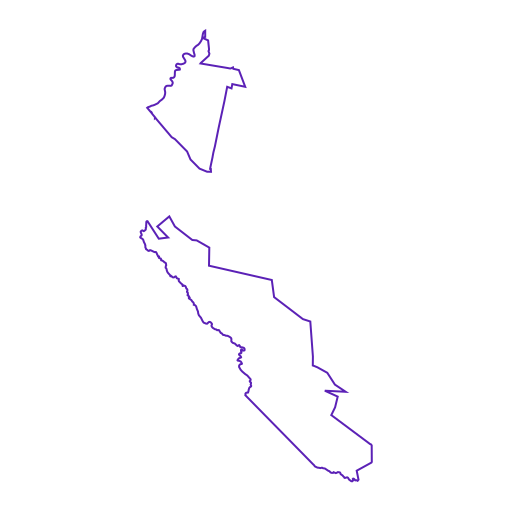 Torreón, Coahuila, Mexico
{"feature_id": "50627088B67777586525321", "entity_name": "Torreón", "entity_type": "district", "adm_level": 2, "iso_a3": "MEX", "parent_name": "Mexico", "parent_adm1": "Coahuila", "projection": "natural_earth1", "projection_center": [-103.236, 25.242], "detail": "fine", "context": "isolated", "style": "outline", "palette": "violet", "viewbox_px": 512, "rotation_deg": 0, "n_neighbors": 0, "source": "geoboundaries", "source_scale": "gbopen_adm2", "svg_char_len": 5947}
<svg xmlns="http://www.w3.org/2000/svg" viewBox="0 0 512 512"><path d="M358.5,479.7L356.7,470.7L371.4,462.6L371.8,461.9L371.7,445.4L371.0,444.4L370.0,444.0L331.3,415.1L335.1,407.3L337.7,396.6L324.8,390.7L345.7,391.8L334.9,384.6L327.3,372.8L317.4,367.3L314.5,366.1L312.8,365.5L312.9,356.5L310.3,321.5L302.9,319.1L274.1,297.1L271.8,280.0L209.0,265.7L209.3,247.6L196.7,240.4L192.3,240.0L174.9,226.5L169.3,216.4L157.3,226.5L168.1,237.5L158.8,238.7L147.5,221.2L147.0,221.2L146.7,221.3L146.4,221.7L146.3,222.4L146.2,224.9L146.1,225.6L146.2,226.7L146.2,227.0L145.7,227.9L145.9,228.8L145.7,229.5L145.4,230.0L143.9,231.1L143.5,231.1L142.6,230.5L142.2,230.4L141.5,230.7L140.9,231.3L140.7,231.6L140.7,232.0L141.0,233.0L141.6,234.3L141.7,235.1L141.5,235.5L140.6,236.3L140.3,236.9L140.2,237.2L140.3,237.5L140.5,237.7L142.6,239.0L143.2,239.8L143.9,242.0L145.1,244.4L145.2,245.1L145.4,245.5L145.3,245.9L145.4,246.7L145.4,247.5L146.0,248.6L146.1,249.2L147.1,249.8L148.4,250.9L148.9,250.9L149.6,250.6L149.9,250.2L150.4,250.2L151.2,250.5L154.5,252.1L155.5,252.0L156.0,252.1L156.8,253.4L157.1,254.4L157.7,255.4L158.0,256.2L158.8,256.3L159.1,256.6L159.1,256.9L158.8,257.5L158.9,257.8L159.3,258.1L160.8,258.6L161.1,259.3L161.2,259.7L161.1,260.1L161.2,260.3L162.3,260.6L163.0,261.0L164.2,262.0L164.5,262.4L165.3,262.7L165.8,263.1L166.0,263.8L166.2,265.3L165.8,266.1L165.6,267.7L166.3,268.5L166.6,269.2L166.7,269.9L166.8,270.5L167.4,272.0L168.0,272.9L170.1,275.2L170.4,276.2L170.8,276.3L171.1,275.9L171.9,276.5L172.5,277.2L173.1,277.4L173.9,277.4L175.2,276.5L175.4,276.4L175.8,276.4L176.6,277.7L176.8,278.2L178.8,279.0L178.8,279.8L178.7,280.4L178.9,281.2L180.9,283.3L182.6,284.7L182.6,285.0L182.5,285.7L182.7,286.0L183.0,286.0L184.0,285.6L185.3,286.1L185.9,287.1L186.3,288.5L187.0,289.0L187.3,289.5L187.4,290.9L187.0,291.5L187.0,291.9L187.1,292.1L187.7,292.7L187.9,293.0L187.8,294.0L188.0,294.4L187.6,295.0L187.6,295.3L188.9,296.2L189.0,296.5L188.9,297.1L189.6,297.5L189.5,297.8L188.9,298.2L188.9,298.4L191.3,300.0L192.4,301.7L193.1,302.2L193.5,302.7L193.9,304.0L193.8,304.8L195.1,305.2L196.1,306.3L196.9,309.0L198.0,311.6L198.2,313.4L198.9,315.3L201.0,317.8L202.5,320.9L203.4,322.3L204.0,322.8L205.1,323.2L206.0,323.6L206.8,323.7L207.3,323.6L208.0,322.8L209.0,322.0L209.8,321.9L210.5,322.2L211.2,322.8L211.9,323.8L212.0,324.1L211.9,324.7L211.5,325.3L211.6,326.2L211.9,326.8L212.7,327.8L214.9,329.2L216.3,329.5L217.1,330.2L217.5,330.2L218.1,330.0L219.0,330.2L219.3,330.5L219.7,331.5L220.3,332.1L220.7,332.9L221.7,333.3L223.1,334.9L224.6,335.1L225.8,335.7L227.5,335.8L228.6,336.3L230.4,337.4L231.1,338.1L231.3,338.5L231.4,339.8L231.3,341.1L231.6,341.7L232.0,342.1L232.7,342.8L234.9,343.6L236.5,345.2L237.4,345.9L237.8,346.0L238.8,345.2L239.1,345.1L239.6,345.6L240.4,347.2L241.9,347.3L242.8,347.5L243.9,347.9L244.3,348.4L244.5,348.7L244.6,349.4L244.6,350.0L244.4,350.4L243.5,350.6L242.8,350.6L242.6,350.4L242.1,349.7L241.7,349.5L241.4,349.6L241.0,350.0L241.0,351.0L241.4,352.5L241.3,352.9L241.0,353.2L240.1,353.3L239.7,353.5L239.2,353.9L239.0,354.5L239.2,354.9L240.6,356.2L241.0,356.9L241.1,357.3L240.8,357.6L238.9,358.3L238.2,359.1L237.5,360.2L237.6,360.4L237.8,360.6L239.4,360.9L240.7,361.5L241.3,362.3L241.9,363.5L241.7,364.0L240.8,364.1L239.8,364.6L239.5,365.0L239.1,365.8L239.1,367.0L240.6,369.7L242.2,371.5L245.1,374.0L247.3,375.5L250.6,379.3L250.6,379.5L250.5,380.2L250.3,380.6L249.8,381.0L249.8,381.3L249.8,381.5L250.2,382.0L250.8,382.4L251.0,382.7L251.0,383.4L250.7,384.4L250.7,384.7L251.2,385.9L251.1,386.3L250.5,386.9L249.8,387.2L249.2,388.1L248.6,390.1L248.5,391.1L248.1,392.0L248.1,392.5L247.9,392.6L246.4,392.7L245.8,393.1L245.4,393.8L245.4,394.2L245.6,394.9L245.4,395.3L313.3,464.5L313.8,464.9L314.9,466.4L317.4,467.6L319.1,467.8L320.4,468.1L321.5,467.8L322.0,467.7L322.9,468.2L324.9,468.5L328.3,470.8L329.4,471.2L330.5,472.4L331.3,472.8L333.0,472.9L333.6,472.2L335.7,473.1L336.5,472.9L337.9,472.1L339.8,472.4L340.2,472.8L340.7,474.2L342.5,475.4L343.5,476.6L344.5,477.5L344.6,477.9L345.2,477.9L346.8,477.4L347.4,477.4L348.0,477.8L349.1,479.6L351.3,481.2L352.2,481.3L352.8,480.8L353.0,480.5L353.1,479.8L352.8,479.0L353.2,478.6L353.7,478.7L354.4,479.2L354.7,479.6L355.0,480.2L355.3,480.4L356.1,480.2L356.6,480.3L357.6,480.8L358.5,479.7ZM211.0,171.8L210.8,168.9L210.1,168.8L210.7,165.8L212.6,156.9L212.6,156.7L213.4,152.4L214.9,146.4L218.6,128.0L224.4,101.2L227.2,86.8L231.5,88.4L232.3,84.1L245.2,86.8L238.9,70.1L233.3,68.8L233.0,67.4L231.0,68.3L230.2,68.5L227.6,68.0L200.7,63.5L200.9,63.3L200.8,63.0L208.8,55.7L209.4,53.7L208.5,51.1L209.0,50.0L209.0,48.8L208.1,40.4L203.1,38.1L204.7,37.0L205.2,36.9L205.2,30.7L204.4,31.2L203.5,32.1L202.9,33.9L202.0,39.0L201.0,41.1L199.6,43.2L198.9,44.0L198.1,44.8L196.5,45.8L195.6,46.6L194.7,47.5L193.6,48.9L193.4,49.8L193.4,50.3L194.0,52.9L194.6,54.8L194.6,55.8L194.6,56.0L194.4,56.3L193.7,56.6L192.5,56.3L191.0,55.5L189.3,54.3L187.2,53.5L186.6,53.5L185.2,53.6L184.1,54.0L183.4,54.6L182.9,55.6L183.0,56.7L184.6,59.3L185.3,60.5L185.5,61.6L185.2,62.5L184.8,62.9L183.5,63.7L181.2,64.3L180.8,64.3L179.2,64.1L178.0,63.7L177.2,63.9L176.6,64.3L176.3,64.7L176.0,65.9L176.2,66.5L177.3,67.5L178.6,67.6L179.3,68.0L179.7,68.3L179.9,69.3L179.8,69.6L179.4,69.7L176.4,70.0L175.9,70.2L175.4,70.5L175.1,70.9L174.9,71.8L174.8,75.2L174.6,76.4L174.2,77.1L173.6,77.6L172.9,77.9L171.0,77.9L170.6,78.2L170.4,78.9L170.6,79.4L171.9,80.9L172.5,81.9L172.7,82.5L172.7,83.2L172.4,84.0L171.8,85.2L171.5,85.6L170.7,85.8L168.6,85.7L167.1,85.8L166.2,86.1L165.3,87.1L164.8,88.3L164.6,89.0L165.2,92.2L165.1,93.9L164.6,95.8L163.8,97.7L162.7,98.8L161.9,99.6L159.8,101.1L157.9,103.2L157.6,103.4L154.5,104.9L152.8,105.5L152.1,105.6L151.3,105.8L150.3,106.4L147.8,107.3L147.2,107.8L150.9,112.2L151.2,112.0L151.4,112.2L151.3,112.3L151.4,112.5L151.5,112.4L151.8,112.9L152.3,114.0L155.2,117.5L154.9,117.9L154.9,118.0L155.2,117.7L171.7,137.2L174.9,139.1L187.1,151.5L190.5,159.5L199.5,168.6L207.0,171.7L211.0,171.8Z" fill="none" stroke="#5b21b6" stroke-width="2"/></svg>